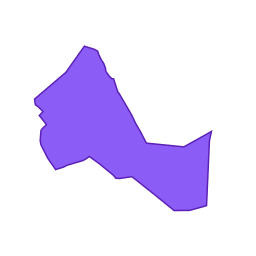 outline of San Juan Colorado, Oaxaca, Mexico, rotated 107°
{"feature_id": "50627088B25667047136129", "entity_name": "San Juan Colorado", "entity_type": "district", "adm_level": 2, "iso_a3": "MEX", "parent_name": "Mexico", "parent_adm1": "Oaxaca", "projection": "equal_earth", "projection_center": [-97.926, 16.501], "detail": "fine", "context": "isolated", "style": "filled", "palette": "violet", "viewbox_px": 256, "rotation_deg": 107, "n_neighbors": 0, "source": "geoboundaries", "source_scale": "gbopen_adm2", "svg_char_len": 1735}
<svg xmlns="http://www.w3.org/2000/svg" viewBox="0 0 256 256"><g transform="rotate(107 128 128)"><path d="M188.9,185.1L184.3,178.3L184.2,178.2L181.4,175.3L180.4,173.8L178.6,171.1L177.0,168.7L175.3,166.1L175.2,166.0L174.9,165.4L174.2,164.4L172.4,161.7L170.7,159.9L166.6,156.6L170.5,145.1L177.3,128.6L178.5,126.5L179.6,125.0L178.8,121.4L173.4,110.0L183.2,85.1L187.0,75.6L193.5,59.7L193.1,58.7L188.8,45.0L179.3,30.2L116.4,46.4L106.9,47.2L129.7,69.0L137.1,106.0L128.3,114.6L121.6,121.8L114.2,128.6L113.1,129.8L97.3,146.9L96.9,148.1L95.6,148.7L95.3,149.1L85.1,156.2L85.3,156.8L85.7,157.7L85.5,158.1L85.2,158.6L84.7,159.4L84.7,159.5L83.4,162.0L83.0,162.3L82.3,163.0L82.0,163.7L81.4,164.3L80.9,164.9L80.3,165.6L80.2,165.8L79.8,166.0L79.4,166.2L79.0,166.3L77.5,167.0L76.9,167.4L76.5,167.6L76.4,167.6L76.1,168.0L75.3,168.7L75.1,168.8L73.8,169.7L73.2,170.4L72.5,171.2L72.4,171.2L71.9,171.8L71.5,172.6L70.9,173.1L70.1,174.0L69.8,174.4L69.7,174.3L68.7,175.3L67.7,176.1L66.0,177.7L66.0,177.8L65.4,178.0L63.8,179.1L63.4,179.5L63.3,179.9L62.6,182.9L62.6,183.0L62.5,186.0L62.6,189.1L62.5,190.0L62.6,190.9L62.5,193.6L70.0,196.1L71.7,196.7L74.9,197.7L85.4,201.2L93.0,203.7L110.4,214.8L127.6,225.8L129.8,224.9L132.9,223.3L133.9,220.2L134.8,218.5L135.9,216.4L137.2,214.1L142.0,216.5L144.6,212.7L148.6,207.0L150.5,208.0L153.6,209.7L154.0,209.9L155.8,210.5L159.4,209.7L160.4,209.5L162.1,209.1L165.2,208.4L165.5,208.3L165.8,208.3L166.8,207.7L167.9,207.2L169.0,206.6L169.6,206.3L171.1,204.8L172.7,203.3L173.4,202.6L173.5,202.5L173.6,202.4L174.2,201.8L177.7,198.5L179.8,196.5L180.2,196.1L180.4,195.8L180.9,195.2L182.5,193.3L183.4,192.1L183.6,191.8L184.4,190.8L185.0,190.0L186.2,188.4L188.9,185.1Z" fill="#8b5cf6" stroke="#5b21b6" stroke-width="1.5"/></g></svg>